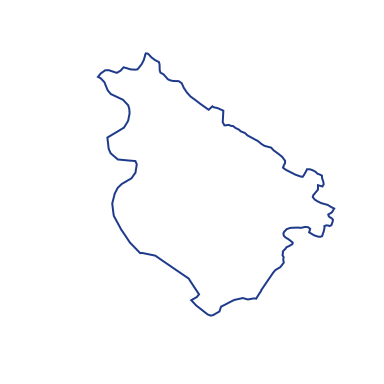 the district of Jisr-Ash-Shugur, Idlib, Syria, rotated 299°
{"feature_id": "27442178B84192320308694", "entity_name": "Jisr-Ash-Shugur", "entity_type": "district", "adm_level": 2, "iso_a3": "SYR", "parent_name": "Syria", "parent_adm1": "Idlib", "projection": "equal_earth", "projection_center": [36.341, 35.883], "detail": "fine", "context": "isolated", "style": "outline", "palette": "blue", "viewbox_px": 384, "rotation_deg": 299, "n_neighbors": 0, "source": "geoboundaries", "source_scale": "gbopen_adm2", "svg_char_len": 3600}
<svg xmlns="http://www.w3.org/2000/svg" viewBox="0 0 384 384"><g transform="rotate(299 192 192)"><path d="M246.5,324.4L246.4,322.8L246.3,321.2L246.5,317.0L244.9,310.3L244.7,306.0L244.9,303.0L245.5,301.5L246.2,300.0L247.1,299.9L247.9,299.6L249.4,299.9L255.1,301.0L257.2,299.9L259.0,298.9L260.1,303.4L262.7,303.4L264.9,301.6L267.1,299.1L269.3,297.7L269.2,294.9L268.8,293.1L269.6,290.0L269.5,286.8L269.1,284.4L267.7,281.6L265.4,281.7L261.2,281.7L258.9,281.4L258.2,279.4L257.3,274.1L256.9,263.3L257.4,259.8L259.6,259.4L262.2,259.4L264.4,258.3L266.5,253.7L267.3,248.8L268.0,243.2L269.2,239.7L268.5,237.1L267.5,232.9L267.7,229.2L268.5,225.3L268.4,213.1L268.8,211.5L269.2,210.0L269.2,209.5L269.2,209.4L269.2,209.2L268.7,205.1L269.3,203.0L269.2,200.9L269.1,198.8L269.6,196.0L269.2,195.1L268.8,194.2L268.5,191.6L267.8,190.7L266.0,188.1L267.4,185.9L268.0,185.0L270.7,183.7L278.3,180.0L277.8,173.9L277.8,173.6L276.7,170.2L276.7,168.7L276.8,168.3L272.0,166.7L273.1,156.7L274.2,149.4L274.8,144.4L276.5,139.5L276.6,139.2L279.0,134.5L282.2,130.2L282.5,126.6L279.9,121.6L279.0,118.3L278.9,116.3L281.1,110.1L281.1,107.6L281.1,106.5L283.0,104.6L287.8,101.8L289.6,100.1L289.5,97.9L289.5,96.9L289.5,95.2L289.7,94.0L290.1,91.1L291.4,87.4L291.5,85.9L290.8,84.4L289.8,84.4L289.7,84.5L287.9,85.0L284.6,85.7L283.5,85.9L279.2,86.0L272.9,84.9L271.6,83.3L269.5,78.9L269.4,78.6L268.7,75.1L268.0,72.2L267.9,71.7L263.5,70.7L259.8,68.5L259.3,66.2L258.2,60.2L256.3,57.0L251.1,54.6L247.1,54.0L247.2,55.5L247.2,57.0L245.6,62.1L240.2,68.8L240.0,69.1L238.8,72.2L238.6,72.8L238.5,73.1L238.3,73.5L238.6,77.7L239.2,86.9L236.9,94.2L234.2,96.9L230.5,99.3L223.4,101.6L219.7,101.5L215.4,101.3L210.6,98.6L198.6,91.6L196.3,93.2L196.2,93.3L195.7,93.7L189.6,98.0L188.1,99.8L187.1,101.2L186.5,101.9L186.0,104.1L184.5,111.4L188.3,120.1L189.6,123.0L191.0,126.1L191.6,127.5L189.4,130.3L186.9,131.2L181.4,133.2L179.2,132.9L178.3,132.8L175.0,132.5L174.6,132.4L170.9,130.2L165.0,126.7L163.8,126.3L162.2,125.8L161.8,125.7L160.3,125.2L159.4,125.0L154.0,125.2L153.1,125.2L152.4,125.4L150.9,125.8L143.3,127.8L138.0,131.6L133.3,135.1L132.0,137.1L130.0,140.2L127.8,143.7L124.8,148.3L123.9,150.2L123.7,150.5L122.6,152.7L117.6,162.4L117.3,163.5L113.4,176.3L114.5,177.9L117.9,188.7L118.5,190.7L118.5,191.2L118.3,193.1L117.7,198.9L116.6,210.4L115.6,221.2L114.7,231.1L112.7,234.7L110.2,239.5L105.9,247.8L103.9,247.4L102.4,247.1L100.4,245.9L97.0,243.8L94.8,250.6L93.5,258.8L92.9,262.5L92.5,264.9L92.9,268.1L93.3,268.7L93.8,269.3L94.3,270.0L100.8,273.9L101.9,273.7L105.8,273.0L109.9,275.8L115.1,279.2L117.6,281.0L118.2,281.3L118.6,281.9L123.9,287.9L125.0,292.6L125.1,293.0L128.6,297.2L129.9,299.7L129.9,299.8L137.0,300.2L138.6,300.4L139.4,300.3L139.9,300.1L140.3,300.2L141.3,300.3L143.6,300.5L160.8,302.1L164.2,302.8L169.2,305.7L174.7,306.5L177.1,304.6L179.6,303.6L180.6,301.8L181.7,301.4L182.7,301.2L183.9,300.3L185.1,300.5L186.4,300.9L188.0,301.3L189.5,301.4L191.9,303.2L195.1,305.1L196.6,304.6L197.1,301.8L197.3,300.4L197.5,298.9L197.5,297.4L197.6,295.8L198.2,293.6L199.1,292.8L199.3,292.6L200.1,292.0L202.1,291.9L203.7,292.4L205.4,292.8L208.1,295.2L208.9,296.3L209.6,297.5L212.0,301.5L212.3,302.0L213.4,304.6L216.4,308.0L217.5,310.7L217.3,312.0L217.1,313.2L213.5,314.0L213.3,319.6L213.7,322.0L214.2,324.3L215.1,326.0L216.5,327.2L218.5,326.8L220.2,326.5L221.1,326.4L221.7,326.2L224.8,325.3L226.3,324.3L228.0,325.7L228.7,327.4L228.9,328.8L230.6,330.0L234.7,329.3L236.2,328.6L236.8,326.5L236.7,324.7L237.3,323.1L238.4,322.1L241.6,324.0L241.9,324.2L244.1,324.3L245.1,324.3L246.2,324.3L246.3,324.4L246.5,324.4Z" fill="none" stroke="#1e3a8a" stroke-width="2"/></g></svg>